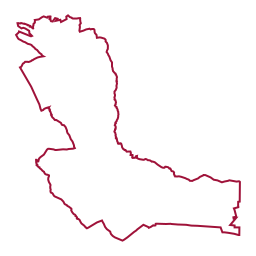 the district of Lungesti, Vâlcea, Romania
{"feature_id": "2599482B14726435776236", "entity_name": "Lungesti", "entity_type": "district", "adm_level": 2, "iso_a3": "ROU", "parent_name": "Romania", "parent_adm1": "Vâlcea", "projection": "robinson", "projection_center": [24.176, 44.603], "detail": "fine", "context": "isolated", "style": "outline", "palette": "rose", "viewbox_px": 256, "rotation_deg": 0, "n_neighbors": 0, "source": "geoboundaries", "source_scale": "gbopen_adm2", "svg_char_len": 5693}
<svg xmlns="http://www.w3.org/2000/svg" viewBox="0 0 256 256"><path d="M239.3,235.0L239.4,227.4L234.6,227.4L234.6,225.5L230.2,225.0L236.0,218.1L233.6,218.5L233.4,217.3L236.3,216.7L234.5,209.8L233.9,208.4L238.3,207.2L238.3,206.4L238.1,206.2L238.2,201.8L239.7,201.6L239.9,181.9L239.4,181.4L238.6,181.3L236.6,181.6L229.3,180.3L228.2,180.8L224.6,181.5L221.9,182.3L217.5,180.4L213.7,179.7L210.6,177.4L205.4,175.1L203.5,175.0L203.2,175.4L199.9,176.9L198.1,178.4L193.3,180.3L192.4,180.9L189.9,180.8L188.7,179.6L186.7,178.9L185.4,178.2L181.2,176.8L178.9,176.3L177.2,176.5L175.2,176.4L175.2,176.1L174.5,175.6L174.4,174.8L173.9,174.0L174.1,172.6L173.6,171.8L173.0,171.4L171.6,171.1L170.4,168.6L170.1,168.4L169.4,168.6L168.5,167.5L168.0,167.2L165.6,166.7L165.1,166.8L164.7,167.5L164.1,167.8L162.5,167.6L161.2,167.0L157.6,164.6L154.7,162.2L152.5,161.5L151.9,161.7L150.2,160.5L148.8,160.2L147.9,160.2L147.5,159.8L147.7,159.7L147.2,159.7L145.8,159.0L145.0,159.2L144.1,159.7L143.4,159.8L139.7,159.2L138.4,158.8L137.1,158.1L137.2,157.9L137.0,157.4L137.0,156.9L136.6,156.6L136.8,156.0L136.0,156.2L135.7,156.7L135.7,157.4L135.6,157.6L134.8,157.8L132.5,157.9L132.3,157.6L132.5,157.3L132.2,156.9L132.6,156.0L132.5,155.0L130.6,155.0L130.9,153.0L130.4,151.5L126.6,151.6L125.5,150.0L124.5,150.1L123.6,149.0L123.1,148.9L122.1,147.2L121.9,145.9L121.2,143.7L120.7,143.3L119.9,143.7L119.6,143.4L118.6,143.8L118.0,143.6L117.9,143.3L117.9,142.3L117.3,141.6L116.8,138.8L116.1,138.6L115.8,138.2L115.8,137.9L116.3,137.5L115.5,135.7L115.8,134.9L115.4,133.9L115.4,133.2L115.1,132.6L114.7,132.3L114.4,131.3L115.0,130.3L115.0,129.3L115.7,128.8L115.5,128.1L115.8,127.1L115.3,125.8L114.8,125.2L115.1,124.8L115.1,124.1L115.8,123.3L115.4,122.9L115.4,122.5L116.6,121.3L116.7,120.4L117.8,118.6L117.8,118.2L118.2,116.9L118.2,115.4L118.5,114.3L118.2,112.9L118.3,112.0L117.6,110.5L117.7,110.0L117.3,108.9L117.1,108.5L116.7,108.2L116.7,107.2L116.5,106.9L115.6,106.6L115.4,106.0L114.9,105.4L115.8,104.0L115.6,103.3L116.0,102.4L115.4,100.1L114.7,99.8L114.5,99.5L114.7,98.3L114.4,97.4L115.0,95.8L114.9,94.3L114.5,93.6L114.5,91.5L115.7,90.1L116.6,87.8L116.6,86.8L116.4,86.0L117.0,83.5L116.7,82.4L116.8,82.1L116.7,81.7L116.9,81.3L116.4,80.9L116.7,80.4L116.7,78.3L117.0,77.1L116.1,74.8L115.6,74.5L115.6,73.6L114.6,72.9L113.0,71.0L112.9,70.3L112.6,69.3L112.6,68.4L112.0,66.6L112.0,62.4L110.6,60.3L109.3,56.5L108.5,55.4L107.8,53.6L106.6,52.0L107.1,50.3L107.8,49.0L107.9,45.8L107.8,45.2L106.9,42.8L105.6,41.5L105.7,40.0L105.3,39.4L104.4,38.6L101.1,37.6L99.7,37.4L96.9,37.8L96.5,34.9L95.0,33.2L94.7,32.5L94.4,29.7L94.1,29.3L93.5,29.0L91.8,29.0L90.7,29.4L89.5,28.7L89.2,28.8L86.2,29.4L83.5,30.6L79.9,31.7L79.7,31.0L79.4,30.8L79.7,28.4L79.9,27.9L79.8,27.5L79.9,26.0L79.5,25.3L79.6,24.8L80.8,23.3L80.7,22.7L80.4,22.0L80.1,19.2L80.2,18.5L80.1,18.1L78.5,18.2L77.0,18.5L72.8,18.5L71.9,18.1L71.7,17.7L69.9,17.1L68.0,15.4L66.3,16.6L66.6,19.1L61.0,22.0L60.3,19.8L55.9,20.8L57.4,18.7L55.1,18.1L52.6,21.5L51.0,21.2L50.6,20.5L50.5,19.2L49.9,19.2L49.5,19.0L49.7,18.5L50.4,17.6L50.5,16.5L50.2,16.4L47.8,16.7L47.7,17.5L47.2,17.7L43.7,16.4L42.0,17.2L38.8,19.4L34.8,20.0L35.0,20.7L34.8,21.5L34.9,22.3L34.4,23.2L33.8,23.5L33.4,24.1L33.5,25.1L33.2,25.7L33.1,26.7L32.9,27.2L33.2,28.3L32.4,29.0L32.8,28.4L31.8,27.4L30.4,26.6L30.0,26.6L30.2,25.9L27.9,25.3L28.0,25.0L24.5,23.7L24.3,23.9L21.0,23.0L20.6,23.4L20.0,23.5L18.4,23.1L17.5,23.2L18.2,26.1L21.5,28.4L23.2,27.8L25.1,28.4L29.1,30.8L29.3,31.5L29.3,33.1L32.0,35.9L31.0,36.3L30.1,36.0L19.0,31.5L18.8,32.4L16.1,34.9L18.1,38.5L18.9,39.2L21.0,40.2L23.3,41.6L25.1,42.2L27.7,43.8L30.1,44.4L31.5,45.0L32.2,45.9L34.5,47.8L35.3,48.9L37.1,50.0L39.4,52.8L41.6,54.4L41.9,55.3L42.2,55.6L43.4,56.3L39.8,56.9L37.5,57.5L34.2,59.1L32.6,60.2L32.1,60.2L31.0,61.1L29.2,61.8L28.3,62.0L27.5,61.8L25.1,61.8L23.9,63.1L22.9,63.6L21.5,66.4L21.0,67.0L20.0,67.4L31.2,86.7L36.9,99.2L39.4,104.5L40.5,108.8L41.4,110.7L43.2,110.0L44.3,108.8L46.2,108.0L48.2,107.4L48.3,107.8L48.9,107.5L48.5,108.2L49.5,109.0L49.4,109.9L50.0,110.1L49.9,111.3L50.4,111.7L51.1,113.8L51.8,114.8L51.8,115.0L51.2,115.2L52.4,117.4L53.5,118.3L54.7,119.9L55.1,120.1L55.7,119.9L56.3,120.0L60.5,122.6L61.0,123.0L61.8,124.7L62.5,125.0L64.0,125.2L65.6,127.1L67.0,130.6L66.9,131.2L67.5,133.0L69.3,135.2L70.8,139.2L72.5,141.5L74.0,145.4L74.0,146.5L74.8,148.1L72.9,148.7L68.7,149.0L66.8,149.5L63.1,149.3L56.3,150.0L55.2,150.0L53.6,149.4L49.2,148.8L48.1,148.8L47.0,149.6L43.9,154.6L40.5,157.1L39.2,158.4L38.9,159.0L38.3,161.4L37.7,161.5L36.6,159.8L36.1,159.8L36.2,162.7L36.6,163.9L37.3,164.8L36.7,165.2L38.5,167.0L39.5,167.3L39.6,168.1L41.2,169.3L42.6,170.9L44.0,171.8L44.2,172.5L45.2,174.0L46.4,174.6L47.4,174.7L49.0,175.4L49.0,176.1L48.3,177.9L48.2,179.7L48.9,182.0L50.4,184.6L50.5,185.1L50.2,186.7L50.3,187.3L50.2,187.9L50.7,189.6L50.4,191.0L50.8,192.5L52.2,193.1L52.7,193.6L53.9,195.7L54.7,196.4L61.3,199.4L63.4,201.6L64.5,203.8L65.1,204.3L66.9,205.2L67.4,206.0L68.6,206.5L71.3,208.6L71.5,209.1L71.2,210.3L72.2,212.2L73.3,213.6L73.9,214.2L75.0,214.7L75.5,215.3L75.8,215.7L75.6,216.1L76.0,216.3L77.1,217.4L77.1,217.8L76.8,218.3L77.2,218.9L78.5,219.0L79.7,220.1L80.3,221.5L81.4,223.4L84.3,225.7L85.4,227.1L86.1,227.5L86.5,228.2L86.9,228.3L88.2,227.7L97.0,222.4L102.0,220.5L102.9,222.4L103.7,223.6L105.1,226.9L106.8,229.1L110.2,231.6L110.5,232.9L111.1,234.2L112.8,236.0L114.9,237.4L122.5,240.6L124.1,239.7L127.5,237.3L134.0,232.0L136.2,230.5L137.3,229.4L143.4,224.8L148.2,227.0L148.8,227.8L151.0,226.8L153.2,225.3L153.8,225.6L155.4,225.4L155.7,223.8L156.6,223.7L165.9,224.0L170.6,223.8L171.4,224.0L177.8,224.5L186.2,224.8L191.3,225.6L197.4,225.8L220.6,227.4L222.4,232.3L224.2,232.3L228.2,232.8L234.2,233.8L238.5,235.0L239.3,235.0Z" fill="none" stroke="#9f1239" stroke-width="2"/></svg>